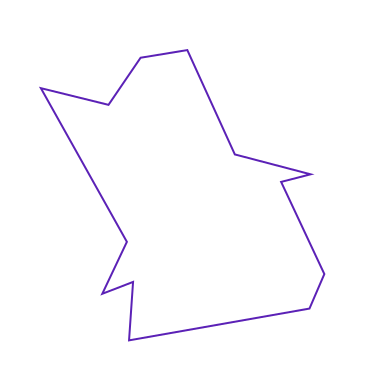 Chair, Butel, North Macedonia (Robinson projection), rotated 165°
{"feature_id": "65306769B39088451231406", "entity_name": "Chair", "entity_type": "district", "adm_level": 2, "iso_a3": "MKD", "parent_name": "North Macedonia", "parent_adm1": "Butel", "projection": "robinson", "projection_center": [21.439, 42.011], "detail": "fine", "context": "isolated", "style": "outline", "palette": "violet", "viewbox_px": 384, "rotation_deg": 165, "n_neighbors": 0, "source": "geoboundaries", "source_scale": "gbopen_adm2", "svg_char_len": 328}
<svg xmlns="http://www.w3.org/2000/svg" viewBox="0 0 384 384"><g transform="rotate(165 192 192)"><path d="M108.7,49.0L85.4,78.5L103.3,178.7L72.9,178.4L140.9,217.2L159.8,330.3L206.9,335.0L250.1,297.8L311.1,331.4L267.8,160.7L305.0,116.9L272.2,120.4L291.2,65.0L108.7,49.0Z" fill="none" stroke="#5b21b6" stroke-width="2"/></g></svg>